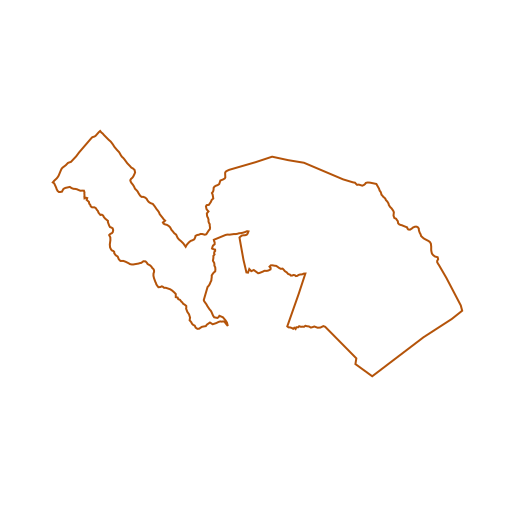 outline of Morada Nova, Ceará, Brazil, rotated 279°
{"feature_id": "56859067B80919104453248", "entity_name": "Morada Nova", "entity_type": "district", "adm_level": 2, "iso_a3": "BRA", "parent_name": "Brazil", "parent_adm1": "Ceará", "projection": "robinson", "projection_center": [-38.436, -4.973], "detail": "fine", "context": "isolated", "style": "outline", "palette": "amber", "viewbox_px": 512, "rotation_deg": 279, "n_neighbors": 0, "source": "geoboundaries", "source_scale": "gbopen_adm2", "svg_char_len": 6096}
<svg xmlns="http://www.w3.org/2000/svg" viewBox="0 0 512 512"><g transform="rotate(279 256 256)"><path d="M283.5,432.8L284.6,430.8L285.9,429.4L287.8,428.6L289.3,428.1L292.6,427.6L295.5,426.8L296.9,425.7L297.8,424.1L299.1,420.2L299.7,418.7L301.5,416.0L303.3,415.1L304.4,414.2L305.8,413.4L307.1,412.8L308.5,412.5L309.6,411.5L310.1,410.1L309.9,408.6L308.8,406.7L307.5,405.6L306.1,404.0L306.0,402.3L306.8,401.3L307.9,400.8L308.8,396.8L309.2,395.3L309.3,394.0L309.6,392.6L310.5,391.3L312.6,390.6L313.7,389.4L314.7,388.6L315.2,386.7L317.4,385.5L320.8,385.3L322.1,384.5L324.3,382.4L325.4,380.8L327.2,379.2L328.5,378.7L330.3,377.2L331.6,375.5L332.8,374.8L333.6,373.8L334.4,372.4L335.4,371.4L336.2,370.3L337.5,369.8L338.9,369.0L339.9,367.9L341.7,367.0L346.0,363.6L346.3,356.9L346.0,354.5L345.3,353.0L344.2,352.5L343.1,351.5L342.1,350.0L342.6,346.3L342.1,344.7L342.9,343.5L343.9,342.3L343.9,340.4L345.3,330.1L355.6,288.8L355.7,272.8L356.6,256.4L348.6,240.9L336.9,216.0L335.7,214.2L334.6,212.9L333.3,212.5L331.2,212.9L328.8,213.4L327.7,213.0L326.3,211.3L325.0,209.0L321.3,208.4L320.0,207.0L319.2,205.5L318.0,204.1L316.7,203.5L314.6,203.7L312.9,203.5L311.3,202.6L310.0,203.5L308.3,204.1L306.1,204.8L304.5,203.5L302.2,202.9L299.1,201.4L298.5,199.3L297.2,198.8L294.7,199.7L293.4,201.0L292.6,202.1L290.4,200.8L288.7,201.2L287.3,201.7L286.2,202.6L284.5,203.4L282.6,203.7L281.4,204.3L280.2,205.3L279.0,205.5L276.7,206.2L275.2,206.2L274.0,205.4L269.7,203.5L269.0,202.1L269.3,199.5L269.1,197.8L268.0,196.1L267.6,194.7L266.4,193.1L264.7,193.0L262.8,192.4L261.6,190.8L260.8,189.3L259.5,188.0L257.8,186.8L256.1,185.8L254.1,185.1L257.0,182.3L258.8,179.8L260.3,177.3L261.7,175.7L264.6,173.8L265.7,171.7L267.4,169.9L268.5,168.5L270.9,166.7L272.0,165.1L272.8,163.2L273.0,161.1L273.5,159.6L274.6,158.8L275.6,159.9L276.7,160.7L277.7,159.2L278.9,158.0L282.3,154.3L283.9,153.4L285.4,152.0L286.7,150.5L289.2,148.2L291.3,145.9L291.6,144.1L292.2,142.4L292.9,141.2L294.2,139.9L295.3,139.1L296.3,137.5L296.8,135.5L296.5,133.7L297.5,132.1L299.7,130.1L301.2,129.0L302.3,127.7L303.5,126.0L305.6,124.6L307.1,123.3L308.8,121.4L310.0,120.5L311.2,120.0L312.6,120.5L313.9,121.6L315.2,122.3L317.8,123.1L319.6,123.5L322.0,122.6L323.2,120.8L323.8,119.0L325.0,117.6L327.5,114.3L330.9,110.9L332.2,109.4L332.9,108.2L334.2,106.9L337.1,104.6L339.0,102.1L341.7,99.0L343.8,97.2L346.3,94.6L347.8,92.2L351.7,86.9L353.0,85.4L353.8,83.9L355.1,82.5L353.6,81.3L349.5,78.7L348.7,77.7L347.7,75.7L346.4,74.8L330.7,65.1L326.3,62.8L320.0,58.5L319.2,56.9L318.5,55.7L315.9,53.9L313.0,51.1L311.9,50.4L310.3,49.9L304.9,48.6L303.7,48.2L302.3,47.5L301.3,46.9L298.9,45.0L296.9,43.8L296.2,45.3L292.3,47.9L290.9,48.6L289.2,49.9L288.4,51.3L288.6,52.6L289.2,54.3L290.8,54.8L292.2,55.4L293.4,57.0L295.1,61.3L294.2,63.3L293.8,65.2L294.0,66.8L293.9,68.7L293.5,70.1L293.0,72.3L293.4,74.2L293.6,75.8L292.1,76.6L290.8,76.7L289.2,77.1L287.7,77.2L286.2,77.6L287.0,78.7L286.8,80.2L285.0,79.9L284.2,81.1L283.3,82.5L281.6,83.1L280.6,84.3L279.2,85.0L278.4,86.5L278.8,88.8L278.2,90.3L276.7,91.6L275.6,92.9L274.2,93.6L272.2,95.9L272.7,97.2L272.0,98.7L270.7,99.6L269.4,101.1L267.5,104.3L266.3,104.4L263.1,106.2L261.7,107.3L261.5,108.7L260.9,110.1L259.2,110.9L257.2,110.8L256.0,110.1L255.1,108.7L253.7,107.7L251.6,109.2L248.9,109.7L244.5,109.8L241.7,110.5L239.8,111.8L238.9,112.9L238.6,114.3L237.9,115.3L236.5,115.6L234.8,117.3L233.8,119.5L231.3,121.0L229.9,122.9L230.4,125.7L229.9,128.2L228.9,131.4L228.3,132.7L228.2,134.6L228.5,136.3L229.1,138.0L230.1,141.0L230.9,142.6L231.3,143.8L233.2,145.6L233.4,147.7L232.3,149.2L231.1,150.2L230.1,153.0L229.0,154.5L228.0,155.3L227.2,156.6L226.0,157.5L224.4,157.8L222.6,157.5L220.4,157.8L218.2,158.7L216.2,159.8L214.6,160.7L213.5,161.5L212.4,162.0L211.2,163.1L209.9,164.5L210.4,166.4L211.3,167.7L211.0,168.9L210.2,170.2L210.5,171.9L209.7,176.5L208.8,178.5L207.1,181.2L205.9,182.7L202.8,183.2L202.7,185.1L201.2,186.0L200.8,187.8L199.3,189.3L198.6,190.5L197.5,191.4L196.8,193.1L195.8,194.9L194.4,195.2L193.1,195.2L190.1,196.9L187.9,199.0L186.2,199.8L184.9,200.5L182.1,200.5L181.3,201.5L180.4,202.5L179.2,203.3L178.2,204.6L177.6,206.4L175.8,207.6L174.9,209.5L175.3,211.2L177.5,213.5L178.2,215.3L178.9,217.4L180.5,218.2L183.1,220.9L181.8,223.9L183.5,227.2L185.0,229.3L185.8,230.9L185.8,232.4L186.3,233.9L186.0,235.3L183.9,237.5L182.5,239.1L185.7,237.7L187.7,235.9L190.3,232.9L191.2,229.2L189.8,228.6L188.8,227.6L188.9,224.3L190.4,222.9L193.6,220.9L195.0,219.8L195.8,218.7L198.8,215.9L200.5,214.6L203.2,211.9L204.3,211.3L217.8,213.0L219.5,214.1L221.1,214.7L223.2,215.2L224.7,215.7L226.6,215.6L228.2,215.6L229.9,215.3L231.5,216.0L233.1,216.9L234.4,218.1L236.4,218.0L238.4,217.5L240.0,216.4L241.4,216.2L242.6,215.8L243.6,215.0L244.6,214.2L247.5,214.2L249.5,213.9L251.0,214.8L252.1,214.2L253.4,214.2L254.6,214.9L255.9,214.6L256.0,213.1L256.5,211.4L258.3,211.6L259.6,211.9L261.1,213.3L263.1,213.0L264.3,212.2L265.4,211.8L272.0,222.6L272.7,224.4L272.9,226.5L274.2,230.7L274.5,232.6L275.0,234.1L275.8,235.7L276.3,237.7L276.9,239.3L277.8,241.2L279.1,243.3L279.1,244.7L276.8,244.2L275.5,243.4L274.7,241.7L274.5,240.4L274.0,238.8L272.7,237.6L271.7,236.8L268.7,237.8L250.3,244.2L238.3,249.1L238.3,250.7L242.1,251.4L240.3,253.7L241.8,256.0L239.3,260.8L239.8,262.1L241.7,265.3L242.7,266.6L243.0,269.0L243.6,270.5L245.0,272.4L246.4,272.4L247.6,271.0L249.1,272.1L249.4,273.9L249.3,275.6L249.4,277.5L248.6,279.2L247.8,280.7L247.2,282.6L247.7,284.2L246.7,285.6L245.6,286.8L244.6,289.0L243.3,290.5L242.9,292.5L242.1,293.5L242.4,294.9L243.1,295.9L243.1,297.4L242.4,298.5L242.9,300.0L243.9,300.9L244.7,302.6L245.0,304.3L246.1,306.0L246.4,307.5L225.3,304.1L191.4,297.9L190.6,299.3L190.8,300.6L190.5,302.6L189.9,304.1L191.1,305.0L190.1,306.5L191.9,307.0L192.2,308.8L193.4,309.6L193.1,311.4L193.5,313.2L193.6,314.5L194.8,315.7L194.6,317.2L194.7,319.3L193.9,321.4L194.8,323.4L195.5,324.6L194.8,328.1L195.4,330.8L197.3,333.5L196.9,335.4L170.6,371.1L164.8,371.1L155.4,389.6L202.0,434.2L224.4,459.2L234.2,468.2L239.2,466.0L264.1,447.5L275.9,437.9L276.8,437.0L278.3,435.9L279.5,435.7L281.4,436.4L283.2,435.6L283.5,432.8Z" fill="none" stroke="#b45309" stroke-width="2"/></g></svg>